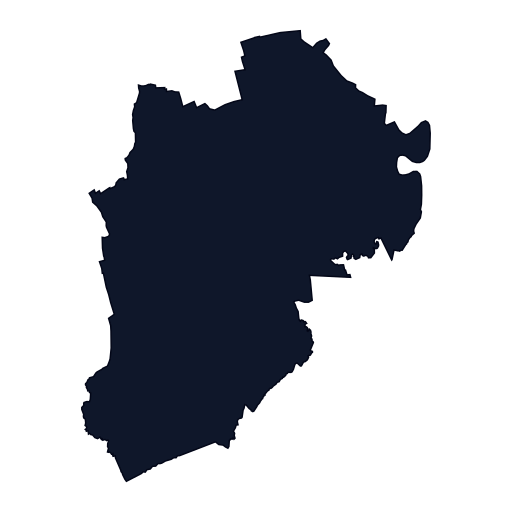 Ban Phaeo, Samut Sakhon, Thailand
{"feature_id": "78962969B41699219692517", "entity_name": "Ban Phaeo", "entity_type": "district", "adm_level": 2, "iso_a3": "THA", "parent_name": "Thailand", "parent_adm1": "Samut Sakhon", "projection": "equal_earth", "projection_center": [100.121, 13.585], "detail": "fine", "context": "isolated", "style": "filled", "palette": "ink", "viewbox_px": 512, "rotation_deg": 0, "n_neighbors": 0, "source": "geoboundaries", "source_scale": "gbopen_adm2", "svg_char_len": 6021}
<svg xmlns="http://www.w3.org/2000/svg" viewBox="0 0 512 512"><path d="M325.9,38.9L323.1,40.5L320.1,41.1L316.7,43.2L312.8,47.7L304.1,41.9L300.8,38.9L300.2,30.7L280.2,32.6L260.0,37.2L259.6,36.4L254.5,37.5L254.0,37.9L240.9,42.3L243.7,50.7L244.9,55.9L241.5,57.2L242.5,61.6L245.1,69.7L235.0,71.3L242.2,99.7L234.0,101.6L225.1,104.7L214.8,110.1L209.5,108.8L207.3,105.8L204.9,103.6L196.6,107.7L194.1,101.5L182.8,106.7L180.7,98.6L178.7,92.1L174.9,91.9L171.9,90.8L166.5,91.5L166.4,89.0L164.5,89.2L164.7,87.6L155.8,87.9L155.4,85.2L150.3,84.1L150.1,84.8L148.5,84.4L146.0,85.6L143.7,86.0L141.4,86.0L138.5,85.1L138.7,88.1L139.6,91.4L139.5,93.1L136.6,102.7L134.4,104.1L134.7,106.8L133.4,110.5L132.6,114.6L133.1,117.5L132.7,120.5L133.4,128.6L134.0,131.3L135.4,132.7L135.6,142.1L134.8,143.7L134.4,146.4L133.2,149.3L130.0,152.6L129.2,154.8L128.0,156.5L126.4,158.2L125.4,158.3L125.1,158.7L125.4,160.2L127.8,163.5L128.0,167.7L126.7,171.6L127.4,175.0L127.7,178.9L124.2,179.7L123.7,178.1L123.4,177.9L119.4,179.1L116.2,182.8L115.8,185.0L114.7,186.6L110.2,188.6L109.6,188.6L109.7,187.7L109.4,187.8L100.6,193.7L99.2,190.8L95.5,193.3L94.2,189.9L89.2,193.3L92.1,198.2L92.7,202.2L96.8,205.8L101.4,212.2L102.8,216.7L106.3,222.0L106.2,225.7L106.5,227.2L109.5,233.7L109.3,235.4L108.2,236.5L104.7,237.7L102.2,237.3L102.5,248.1L103.7,256.1L104.1,256.8L104.7,260.3L99.5,261.7L101.8,268.5L102.3,273.3L103.4,273.2L106.3,287.2L108.7,294.5L110.7,302.6L114.3,314.3L108.6,318.3L110.7,325.7L111.0,331.0L111.2,348.0L110.1,358.9L109.4,361.2L107.5,366.1L102.7,368.4L102.1,369.2L97.0,372.0L95.9,373.0L93.5,376.7L89.5,377.8L89.0,379.2L88.1,379.6L86.8,382.6L85.6,383.6L85.5,384.8L86.6,386.4L86.4,387.6L87.3,388.9L87.8,390.9L89.3,390.9L89.5,392.5L90.7,393.0L90.3,399.4L89.5,401.7L86.6,401.6L84.0,402.5L83.7,403.4L83.8,405.4L81.8,407.4L81.8,409.5L83.7,414.4L83.4,416.2L83.7,417.9L85.0,418.7L85.4,420.0L85.7,423.0L85.1,425.5L86.5,426.5L86.7,427.7L86.0,429.0L85.3,429.4L86.4,430.5L86.4,431.2L88.1,430.8L88.5,434.1L89.7,433.4L91.0,434.7L92.5,434.8L94.9,437.6L97.6,438.6L99.9,437.1L101.3,439.3L101.7,438.5L102.2,438.6L102.8,440.2L105.0,439.5L106.7,440.6L107.9,440.1L108.5,440.5L108.6,441.0L107.7,443.6L107.6,446.7L108.5,448.1L107.5,452.0L108.5,452.3L109.3,451.9L110.8,453.0L111.6,454.3L112.3,454.4L112.9,453.7L113.2,454.6L112.8,455.8L113.1,456.3L115.2,455.8L115.5,458.0L120.8,470.2L121.1,471.7L122.1,472.7L122.7,474.7L124.9,479.2L126.4,481.3L141.4,473.5L143.2,471.8L145.3,472.1L146.9,469.7L150.3,469.0L152.5,466.3L155.7,466.1L157.9,463.6L160.0,463.6L161.8,463.1L165.4,461.0L171.2,459.3L173.7,457.7L176.1,457.7L177.4,455.8L179.7,455.6L215.0,442.0L215.7,442.0L218.7,444.5L223.1,445.1L225.4,446.9L227.9,448.2L228.9,446.5L229.3,440.4L230.4,439.7L230.5,439.0L232.1,439.1L232.4,438.2L232.9,438.8L233.5,438.3L234.0,439.2L235.0,438.2L234.2,435.5L234.6,433.3L233.4,431.2L235.4,427.7L236.1,425.1L238.0,424.8L237.3,421.6L237.8,419.6L239.0,418.6L241.5,418.0L242.1,417.2L243.1,410.1L244.0,408.3L244.8,404.6L246.3,405.1L249.2,408.6L251.0,409.8L251.2,410.7L252.7,411.6L253.8,411.2L257.0,406.3L257.0,405.7L259.8,402.6L260.1,401.6L262.2,398.7L262.6,398.6L263.0,397.0L263.7,396.5L263.9,395.1L265.0,395.1L265.1,393.4L265.7,393.2L267.6,390.8L268.8,390.3L268.9,389.6L270.1,388.3L271.0,388.3L272.2,387.4L273.3,386.0L275.9,384.2L277.1,382.3L279.1,381.7L280.4,379.4L282.3,378.4L282.7,377.2L283.5,377.3L284.7,376.3L285.8,375.1L286.2,373.8L287.3,373.5L288.0,372.3L290.9,372.4L292.0,371.9L293.4,369.4L294.8,364.7L295.4,363.7L296.5,363.1L297.4,363.2L300.4,366.0L301.4,365.9L303.5,362.0L305.0,361.7L307.0,360.2L307.8,359.0L308.6,357.2L307.9,356.0L308.6,355.4L309.9,355.4L310.5,354.9L311.8,352.6L312.4,352.4L312.4,351.4L310.8,350.8L310.3,350.1L313.4,342.5L313.2,341.9L312.0,340.8L312.0,339.1L310.9,338.4L311.6,336.0L310.8,333.2L311.0,332.1L310.5,330.3L309.2,329.1L308.5,330.9L307.9,331.4L307.3,331.1L307.2,330.3L307.6,328.8L307.3,327.7L306.4,326.8L305.0,326.8L305.1,324.0L306.6,323.4L305.5,321.8L304.9,321.5L303.7,321.8L303.2,320.6L301.5,320.0L301.0,320.1L300.4,321.3L299.5,320.5L298.8,318.4L298.1,311.5L296.3,308.1L295.2,304.7L293.6,301.9L295.1,301.0L298.7,300.2L304.4,302.2L308.5,302.2L312.2,300.3L310.3,279.9L309.4,275.3L350.6,277.3L349.9,274.6L347.0,274.9L345.5,270.1L344.7,270.1L343.5,264.8L339.9,264.9L338.6,265.5L337.6,264.4L335.0,264.6L330.7,260.6L330.4,259.8L331.5,258.7L333.9,259.1L335.4,257.8L337.5,258.8L339.0,257.4L342.6,256.2L342.6,253.0L343.6,251.6L345.4,250.8L347.9,253.6L348.1,255.6L347.1,256.4L346.5,257.5L347.1,259.2L347.6,259.6L351.0,258.1L351.5,254.8L352.6,254.1L353.6,255.0L353.8,255.7L353.3,256.2L354.0,256.9L354.1,258.3L355.8,259.3L359.7,257.6L360.1,254.9L361.6,253.9L362.3,254.2L362.3,255.3L362.6,255.6L363.9,256.1L364.7,255.5L366.2,255.4L367.9,256.3L368.5,257.8L370.8,257.7L374.4,253.0L374.3,249.4L373.4,248.7L373.3,247.6L374.2,247.8L375.3,248.6L376.7,248.5L377.4,248.1L378.5,246.0L378.6,244.8L378.0,242.1L376.8,241.6L376.3,242.4L376.6,243.7L375.6,244.1L374.5,243.2L374.1,241.5L374.4,239.8L375.4,238.5L378.3,237.4L379.0,238.9L380.9,237.9L391.7,260.0L392.0,259.6L394.0,250.0L398.3,250.9L399.2,250.6L399.6,251.1L401.4,250.1L402.2,250.2L405.9,244.3L406.5,244.0L406.9,242.7L407.9,241.9L408.3,240.0L409.9,237.6L411.1,236.7L411.6,235.5L414.2,233.2L413.6,231.1L413.9,228.7L416.1,224.1L420.3,218.0L421.4,211.8L420.4,209.6L421.4,204.2L421.7,195.2L421.6,185.8L420.6,176.6L419.7,174.0L416.9,171.4L413.3,171.5L409.1,173.9L405.4,174.9L402.2,175.1L399.1,174.2L397.6,171.2L396.4,166.9L396.6,162.4L397.4,157.7L399.7,155.4L402.6,155.1L405.6,155.8L412.4,161.4L416.3,162.5L419.8,162.5L422.6,161.5L424.3,160.3L427.4,156.3L429.8,149.0L430.2,133.2L429.5,125.4L427.9,122.4L425.5,120.9L421.4,122.6L418.4,126.0L409.9,133.4L405.9,134.8L402.0,133.0L398.8,129.9L394.4,121.9L386.3,125.4L384.3,123.4L385.4,113.9L385.9,112.6L386.1,105.6L382.6,105.1L374.3,106.0L374.9,99.2L367.4,95.7L362.5,92.6L358.8,91.0L355.5,87.9L355.6,84.7L352.5,83.1L346.7,80.9L341.1,75.6L333.3,65.9L331.1,60.1L326.2,55.0L323.1,52.7L324.9,49.6L328.5,45.5L329.4,43.6L325.9,38.9Z" fill="#0f172a" stroke="#020617" stroke-width="1.5"/></svg>